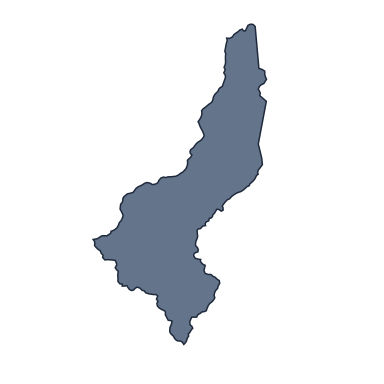 Rio do Pires, Bahia, Brazil (orthographic projection), rotated 253°
{"feature_id": "56859067B13146524318687", "entity_name": "Rio do Pires", "entity_type": "district", "adm_level": 2, "iso_a3": "BRA", "parent_name": "Brazil", "parent_adm1": "Bahia", "projection": "orthographic", "projection_center": [-42.161, -13.135], "detail": "fine", "context": "isolated", "style": "filled", "palette": "slate", "viewbox_px": 384, "rotation_deg": 253, "n_neighbors": 0, "source": "geoboundaries", "source_scale": "gbopen_adm2", "svg_char_len": 3929}
<svg xmlns="http://www.w3.org/2000/svg" viewBox="0 0 384 384"><g transform="rotate(253 192 192)"><path d="M329.0,270.1L326.9,270.1L324.6,268.6L322.7,267.5L320.3,266.3L316.9,264.5L314.5,264.7L311.8,263.6L308.8,262.7L306.1,262.0L304.1,261.0L301.8,259.1L299.2,259.5L296.6,257.2L294.2,258.0L291.8,257.5L289.1,255.5L286.1,253.3L284.1,251.9L283.6,249.5L282.5,247.7L280.6,246.1L279.7,244.2L278.6,242.3L276.5,240.2L274.3,239.0L272.6,237.8L271.7,236.2L271.0,233.9L269.9,231.3L269.0,229.2L268.4,227.2L267.0,225.0L263.8,224.4L261.6,223.0L259.3,220.8L257.5,218.4L255.5,218.7L253.8,218.8L251.3,219.0L247.9,219.7L245.1,220.1L242.1,220.1L240.5,218.3L239.3,216.5L238.5,214.6L238.0,212.6L237.0,210.3L235.4,208.1L233.9,206.1L232.9,203.2L231.3,201.9L229.4,201.7L227.4,202.7L225.7,201.0L223.7,196.9L221.0,196.3L218.9,195.4L216.1,193.1L213.9,189.4L213.1,186.2L212.2,184.0L211.8,181.1L212.7,176.4L213.5,173.4L213.5,170.9L214.6,169.2L214.5,166.5L212.9,163.9L210.9,162.1L210.3,160.1L210.4,158.0L210.7,156.2L212.5,154.8L214.3,151.6L214.1,148.9L213.3,146.3L213.0,144.2L212.7,142.0L211.9,139.7L210.0,137.1L208.9,135.8L208.8,133.9L209.1,129.5L207.3,125.3L206.0,124.0L203.9,123.3L202.3,122.0L201.2,120.2L199.5,119.4L196.5,118.2L193.9,118.8L192.0,119.1L190.0,119.3L188.0,118.3L186.6,117.0L185.0,115.5L184.2,113.8L181.8,111.9L179.6,109.7L178.5,106.9L178.2,105.1L178.1,103.1L176.2,102.0L175.7,100.2L175.0,97.6L176.1,94.7L176.4,92.6L175.9,90.9L175.0,87.8L175.5,83.6L173.2,84.4L171.2,83.9L169.2,83.2L166.8,84.2L164.2,85.7L162.6,87.1L159.9,87.3L157.5,88.5L155.5,87.4L153.9,88.1L152.4,89.0L152.1,91.2L151.3,93.3L150.3,95.9L149.0,98.6L146.1,98.9L144.3,98.7L142.0,96.4L139.3,97.3L137.7,98.3L135.2,97.1L133.5,96.5L131.2,96.0L128.1,95.0L125.2,96.2L124.3,98.4L122.5,97.7L121.8,99.5L121.6,102.2L119.2,102.9L117.0,103.7L115.5,105.3L115.3,107.6L116.5,109.4L117.1,111.7L115.3,114.1L112.5,115.6L111.5,117.4L109.1,118.3L107.3,120.9L106.2,123.0L105.2,125.2L104.3,127.8L102.5,128.8L100.0,126.7L97.4,127.4L95.6,125.8L93.1,125.6L90.7,126.7L88.5,128.6L87.4,130.0L85.9,131.3L84.2,131.3L82.4,130.6L79.9,131.1L76.4,131.7L74.6,135.1L72.5,134.2L70.4,132.7L69.0,131.4L67.0,130.6L64.9,129.9L63.2,130.1L61.5,130.9L59.5,132.1L57.0,132.6L55.2,133.4L53.9,134.6L52.7,137.6L50.9,139.0L48.6,139.6L49.8,141.6L51.3,143.3L53.5,144.7L55.2,146.7L57.4,147.0L58.2,148.7L60.0,150.6L61.5,152.9L63.6,152.6L65.1,151.6L67.1,151.4L68.9,152.2L70.8,153.7L72.4,155.3L71.6,157.6L71.0,159.9L73.0,161.8L73.5,164.3L74.4,166.7L74.0,169.0L74.3,171.0L76.2,172.3L78.7,174.4L80.2,176.4L81.3,179.3L82.7,181.4L84.2,182.9L86.9,182.9L89.8,184.7L91.4,186.6L92.3,188.3L94.4,189.5L96.6,191.8L99.3,192.2L101.4,190.4L103.5,189.4L105.4,187.3L107.5,186.1L108.4,183.4L110.3,180.8L113.4,180.5L116.1,182.0L118.0,183.2L119.7,181.3L121.7,180.3L123.3,179.7L124.9,180.6L125.9,178.4L127.7,175.7L130.5,175.0L132.3,175.7L133.0,177.5L133.0,180.1L134.9,181.1L137.2,181.0L139.7,179.7L141.9,180.4L144.2,181.7L146.3,183.5L148.3,184.6L150.6,184.9L153.7,185.6L154.9,187.0L154.5,189.4L156.3,192.3L155.9,195.1L157.8,195.3L159.3,196.9L159.5,199.5L161.8,201.0L161.5,202.7L162.4,204.3L164.0,205.2L165.4,207.6L167.0,209.3L168.2,210.6L167.5,212.6L165.1,214.4L165.5,216.4L167.9,217.1L169.7,216.8L170.8,218.1L172.6,220.6L174.2,223.4L174.5,226.0L176.1,228.5L177.2,231.6L177.9,234.3L178.1,236.3L178.1,238.6L178.7,241.0L179.8,243.7L181.1,246.2L181.2,248.3L183.0,250.0L183.8,252.0L184.9,254.1L186.4,256.2L188.9,258.5L189.7,260.5L191.7,260.5L193.7,261.9L195.0,263.9L196.3,265.6L197.5,267.3L200.1,267.8L203.3,268.5L210.7,269.0L218.5,269.4L257.0,289.6L264.3,285.0L266.6,286.2L268.9,286.0L271.0,285.4L273.3,287.4L274.3,289.5L274.7,292.4L276.3,294.2L277.9,296.2L280.4,295.9L282.9,295.9L286.3,296.9L288.8,294.8L290.6,292.1L331.8,300.8L334.4,299.4L335.4,297.0L335.0,294.3L332.6,292.1L330.5,290.1L331.1,288.3L333.1,287.7L332.9,285.0L331.8,282.8L331.1,280.4L330.3,278.1L328.5,276.0L327.9,273.0L329.0,270.1Z" fill="#64748b" stroke="#1e293b" stroke-width="1.5"/></g></svg>